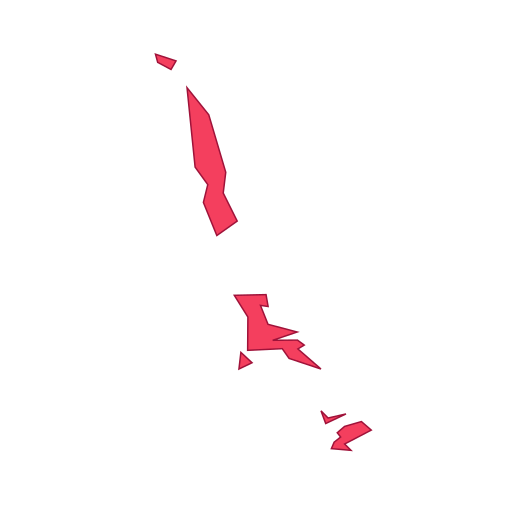 the Province of Palawan, rotated 118°
{"feature_id": "PHL-2534", "entity_name": "Palawan", "entity_type": "Province", "adm_level": 1, "iso_a3": "PHL", "parent_name": "Philippines", "parent_adm1": "", "projection": "albers", "projection_center": [119.135, 9.647], "detail": "coarse", "context": "isolated", "style": "filled", "palette": "rose", "viewbox_px": 512, "rotation_deg": 118, "n_neighbors": 0, "source": "natural_earth", "source_scale": "10m", "svg_char_len": 767}
<svg xmlns="http://www.w3.org/2000/svg" viewBox="0 0 512 512"><g transform="rotate(118 256 256)"><path d="M256.3,300.2L233.4,327.6L215.6,332.1L206.1,351.5L139.8,395.9L153.5,364.0L196.3,322.0L215.8,314.5L234.0,289.0L256.3,300.2ZM300.9,256.7L285.4,229.0L294.9,221.6L297.5,228.9L310.7,213.3L303.8,184.0L322.6,201.7L310.8,179.9L312.0,171.6L318.4,175.4L325.3,145.6L330.9,178.7L325.5,189.3L343.2,219.1L313.7,234.5L300.9,256.7ZM383.0,80.9L390.7,99.0L383.7,99.6L376.1,96.3L373.9,101.3L364.9,97.8L352.7,85.2L355.6,72.5L380.4,89.5L383.0,80.9ZM353.2,102.4L371.2,115.8L362.2,125.9L365.2,116.3L353.2,102.4ZM352.1,209.4L363.8,218.0L348.2,224.1L352.1,209.4ZM131.2,418.6L131.2,433.7L125.0,439.5L121.3,418.2L131.2,418.6Z" fill="#f43f5e" stroke="#9f1239" stroke-width="1.5"/></g></svg>